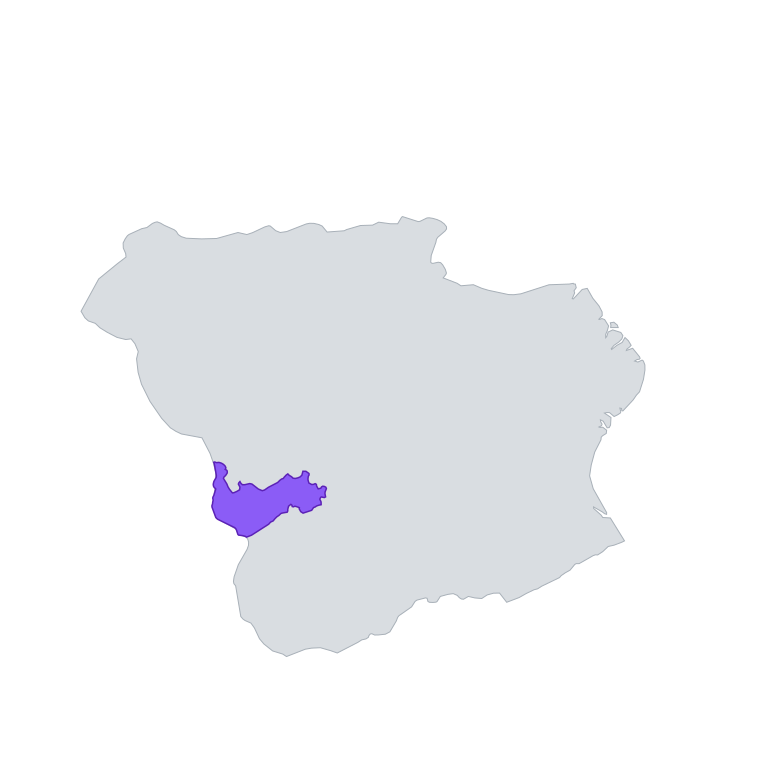 where Katsina sits in Nigeria, rotated 241°
{"feature_id": "NGA-2870", "entity_name": "Katsina", "entity_type": "State", "adm_level": 1, "iso_a3": "NGA", "parent_name": "Nigeria", "parent_adm1": "", "projection": "natural_earth1", "projection_center": [7.789, 12.229], "detail": "fine", "context": "in_parent", "style": "filled", "palette": "violet", "viewbox_px": 768, "rotation_deg": 241, "n_neighbors": 0, "source": "natural_earth", "source_scale": "10m", "svg_char_len": 5802}
<svg xmlns="http://www.w3.org/2000/svg" viewBox="0 0 768 768"><g transform="rotate(241 384 384)"><path d="M594.5,154.3L614.2,185.4L618.4,208.6L620.1,219.9L623.3,221.3L629.3,221.9L633.8,224.2L636.4,228.0L638.1,231.5L638.4,233.6L637.3,247.4L635.8,252.5L636.7,259.3L636.4,262.2L635.8,264.2L633.1,266.5L629.4,268.7L620.6,275.3L618.1,276.3L614.4,276.5L611.2,278.1L607.4,281.7L599.3,294.9L592.4,308.2L587.3,329.7L581.2,336.5L580.1,342.4L579.2,355.9L578.3,359.9L577.3,361.1L570.6,363.6L566.8,366.7L564.5,372.8L561.7,393.5L560.6,396.9L558.5,400.5L555.1,404.3L552.1,406.5L544.5,407.9L537.3,423.5L537.2,426.2L534.0,440.3L528.5,451.0L528.1,457.8L521.1,467.2L517.5,473.6L521.3,480.2L521.5,481.3L509.5,492.6L508.8,494.3L508.4,502.1L507.4,504.2L505.2,507.0L502.0,510.2L498.7,512.6L494.9,514.3L491.3,514.9L489.3,513.9L488.2,511.6L486.2,502.0L485.1,500.0L482.8,498.1L473.5,487.6L467.9,483.9L466.7,484.2L465.8,485.2L464.2,490.5L462.6,492.4L459.7,493.1L454.5,493.2L450.8,492.4L449.9,491.4L448.1,487.2L436.6,496.8L432.6,498.9L427.5,510.3L420.3,515.9L415.3,520.8L401.9,536.2L399.2,540.7L396.5,547.5L390.8,576.4L381.6,594.5L380.3,598.3L379.8,598.2L378.6,599.8L375.0,598.8L373.4,595.4L371.2,594.9L367.4,590.0L366.6,590.8L370.6,603.2L369.1,608.1L357.8,608.2L348.0,609.9L341.3,609.7L338.0,608.0L336.5,603.3L335.9,603.8L335.6,606.3L333.4,608.2L325.9,608.6L322.6,605.4L319.9,601.9L317.0,600.3L317.5,601.8L320.8,605.3L320.4,610.3L314.3,616.1L310.5,616.4L308.1,613.9L306.9,609.8L306.3,603.8L304.7,599.8L303.8,599.8L304.9,606.4L304.9,612.5L307.8,617.3L303.4,618.7L298.0,618.9L297.4,617.1L296.7,613.2L295.8,612.2L294.7,618.8L283.8,620.7L282.2,620.4L281.9,619.2L282.7,617.3L282.6,614.3L280.1,616.7L279.8,621.3L278.4,622.0L274.2,621.4L269.7,619.0L262.3,613.2L253.3,603.7L251.9,599.4L249.3,594.2L244.6,579.8L245.5,579.1L247.5,579.9L248.6,578.6L244.8,577.6L244.0,576.5L243.8,573.3L244.0,569.5L249.6,567.4L251.0,565.1L251.7,562.7L244.7,566.3L238.2,562.2L236.7,559.8L237.5,557.9L245.1,557.7L247.8,555.9L246.1,555.2L243.2,555.3L242.1,554.1L242.2,551.1L241.3,551.8L240.1,554.4L235.6,556.3L233.0,554.4L232.8,550.1L232.2,548.2L230.0,546.7L222.3,535.3L212.6,525.9L204.0,519.3L190.9,516.2L163.6,516.4L162.1,515.5L163.7,514.0L166.1,513.0L174.9,507.7L173.5,507.0L164.3,510.3L161.2,510.6L157.1,517.0L130.2,518.3L130.3,515.4L131.5,507.1L133.2,501.3L131.4,494.3L130.9,488.0L132.1,486.1L132.5,483.7L132.3,467.5L133.7,465.1L133.7,463.4L131.0,456.5L131.0,451.2L130.5,446.1L129.6,443.7L130.7,423.9L130.4,419.0L131.3,415.5L131.8,407.0L131.7,398.7L133.6,385.5L145.1,383.7L147.9,378.5L149.5,372.0L149.0,365.5L152.8,359.8L157.3,354.8L157.2,349.2L158.4,347.5L160.6,346.3L163.6,345.6L167.1,342.9L169.0,338.0L170.9,330.3L168.0,324.9L168.0,323.7L169.2,320.9L171.0,318.0L172.4,317.0L175.7,317.8L176.8,316.6L179.0,308.1L178.8,305.8L175.7,300.1L174.1,284.7L173.2,282.7L170.8,279.9L164.4,269.0L164.5,263.9L167.3,257.3L169.0,254.1L171.5,252.3L172.0,250.8L171.3,248.9L170.0,247.5L169.8,244.6L171.0,240.5L170.7,235.9L171.4,212.7L176.6,208.1L184.2,200.5L188.1,192.6L190.2,186.6L192.9,166.6L196.9,164.5L204.5,157.2L214.9,152.9L221.6,151.6L233.4,152.4L239.4,151.7L244.5,147.8L246.8,146.7L250.0,146.0L279.4,156.4L282.1,155.9L284.3,156.6L288.0,159.4L296.6,169.0L305.7,184.0L308.5,187.2L311.3,188.9L314.2,189.6L316.4,189.3L318.5,187.9L321.3,185.1L325.7,183.8L329.2,184.0L347.5,172.6L349.3,172.4L360.5,174.9L375.9,186.4L388.4,193.9L397.2,196.4L407.6,198.2L425.2,198.7L438.5,182.6L443.4,179.1L449.3,175.9L461.7,172.9L482.2,170.9L501.4,171.8L513.4,174.6L526.0,179.8L531.5,184.8L540.0,185.7L546.1,184.7L548.1,179.7L554.2,173.1L563.4,167.0L570.9,162.8L577.0,160.9L582.5,156.0L586.9,154.5L594.5,154.3ZM326.6,615.0L322.5,616.6L319.8,616.2L323.5,609.6L325.4,611.0L327.8,611.6L326.6,615.0Z" fill="#d9dde1" stroke="#a8b0b8" stroke-width="1"/><path d="M349.0,172.2L359.8,173.9L361.0,174.5L361.4,174.9L362.4,176.0L363.6,176.8L365.0,178.1L365.7,178.4L366.9,178.8L367.0,178.8L367.5,179.1L368.1,179.7L369.1,181.2L373.4,185.6L373.7,185.8L374.1,186.0L374.3,186.0L374.5,185.9L375.0,185.6L375.4,185.4L376.5,185.3L377.0,185.3L378.1,185.6L379.2,186.1L381.0,187.7L381.8,188.8L383.1,191.1L383.8,192.1L385.4,193.1L396.6,196.9L398.1,197.1L398.0,197.6L397.8,198.3L397.1,198.7L396.5,199.3L396.2,199.9L395.8,200.9L395.4,201.7L393.5,203.5L391.4,204.7L389.1,205.3L387.4,205.1L386.8,204.5L386.3,203.7L385.0,204.6L384.0,204.7L382.9,204.2L382.0,203.5L380.8,201.2L380.1,198.7L379.2,197.8L372.7,198.1L369.9,197.7L366.9,197.8L362.3,198.6L361.7,199.9L361.4,203.2L361.5,206.4L363.7,208.0L367.1,208.1L368.0,209.2L368.5,210.7L366.4,210.7L364.5,211.4L363.4,213.5L362.0,218.3L360.5,220.0L353.0,223.2L349.7,225.8L349.2,228.0L349.7,232.9L349.4,243.2L350.3,246.4L350.5,248.0L350.5,249.0L350.2,249.9L350.4,250.6L350.8,251.3L351.8,254.4L352.0,256.3L350.1,256.8L347.7,258.2L345.7,258.8L344.4,260.6L343.7,263.0L343.4,265.4L344.0,267.9L347.0,270.8L345.5,273.4L342.1,275.0L340.8,274.4L340.0,273.1L338.5,271.9L336.9,271.0L333.8,270.3L331.1,272.1L330.4,273.7L330.2,275.5L329.0,276.2L327.5,275.6L324.2,275.6L323.5,278.2L324.3,279.5L324.3,280.9L323.3,282.2L321.9,283.1L320.4,282.9L318.2,280.2L316.7,279.2L313.6,278.2L313.6,276.8L314.7,275.4L315.4,274.8L315.6,273.9L315.0,272.7L314.1,271.9L311.9,271.9L310.8,271.5L308.9,270.5L309.6,268.2L310.0,265.9L309.8,264.2L310.1,262.5L308.6,259.5L310.3,250.6L312.7,249.3L315.9,249.3L316.1,249.4L316.5,249.8L316.8,250.0L317.4,249.6L319.3,247.9L320.3,246.8L320.5,245.2L321.3,244.3L322.6,244.7L323.9,244.2L323.4,241.3L321.1,239.1L319.6,238.3L318.8,237.1L319.4,235.5L320.4,232.6L320.7,231.3L320.4,229.8L320.0,228.4L319.8,225.9L319.1,223.4L318.0,220.7L318.2,217.8L317.3,215.2L316.0,194.8L316.7,189.6L316.9,189.5L317.8,189.0L319.8,187.0L322.4,183.5L323.4,183.3L327.8,184.2L329.3,184.2L330.7,183.8L346.1,173.1L347.6,172.4L349.0,172.2Z" fill="#8b5cf6" stroke="#5b21b6" stroke-width="1.5"/></g></svg>